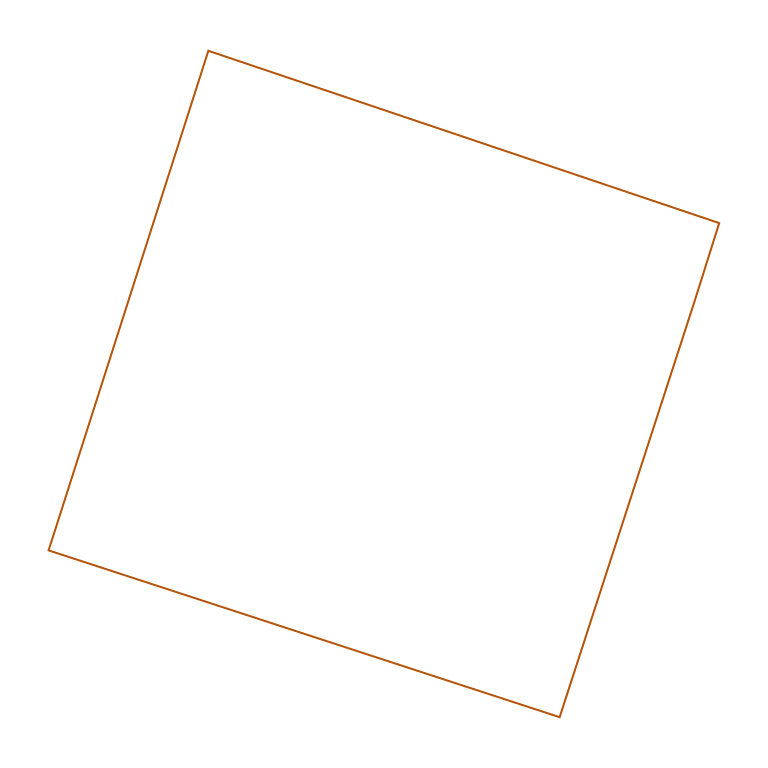 Martin, Texas, United States of America, rotated 288°
{"feature_id": "52423323B4659936825166", "entity_name": "Martin", "entity_type": "district", "adm_level": 2, "iso_a3": "USA", "parent_name": "United States of America", "parent_adm1": "Texas", "projection": "natural_earth1", "projection_center": [-101.937, 32.306], "detail": "fine", "context": "isolated", "style": "outline", "palette": "amber", "viewbox_px": 768, "rotation_deg": 288, "n_neighbors": 0, "source": "geoboundaries", "source_scale": "gbopen_adm2", "svg_char_len": 250}
<svg xmlns="http://www.w3.org/2000/svg" viewBox="0 0 768 768"><g transform="rotate(288 384 384)"><path d="M559.1,653.8L640.6,653.1L646.6,114.0L130.4,116.4L122.1,116.4L121.4,654.0L559.1,653.8Z" fill="none" stroke="#b45309" stroke-width="2"/></g></svg>